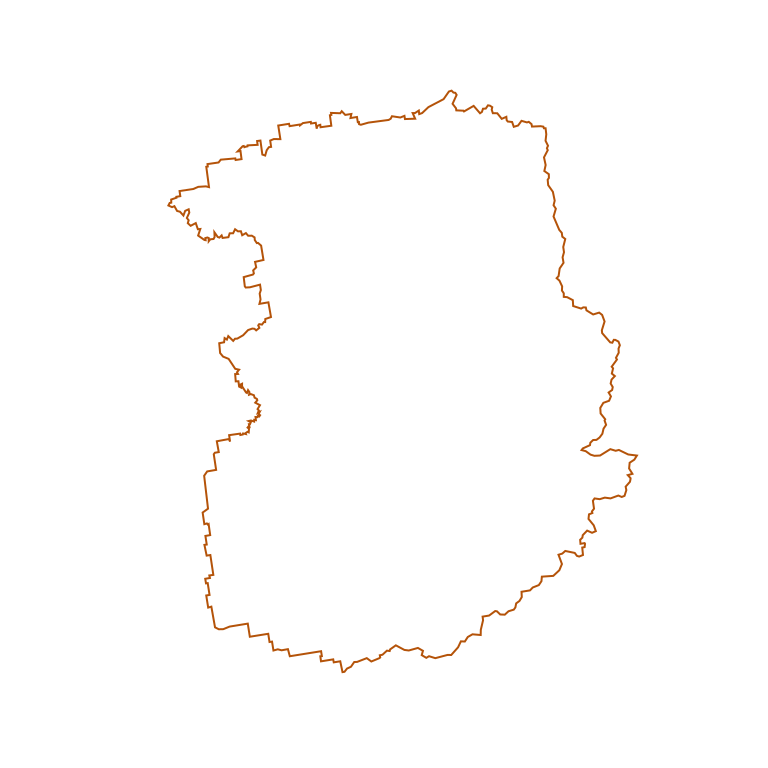 Scenic Rim, Queensland, Australia, rotated 252°
{"feature_id": "25037944B99333709196563", "entity_name": "Scenic Rim", "entity_type": "district", "adm_level": 2, "iso_a3": "AUS", "parent_name": "Australia", "parent_adm1": "Queensland", "projection": "albers", "projection_center": [152.791, -28.04], "detail": "fine", "context": "isolated", "style": "outline", "palette": "amber", "viewbox_px": 768, "rotation_deg": 252, "n_neighbors": 0, "source": "geoboundaries", "source_scale": "gbopen_adm2", "svg_char_len": 6166}
<svg xmlns="http://www.w3.org/2000/svg" viewBox="0 0 768 768"><g transform="rotate(252 384 384)"><path d="M577.8,615.1L579.5,615.1L580.8,612.6L583.1,604.3L585.6,604.6L588.6,602.7L588.6,600.8L591.8,596.1L588.4,591.4L588.5,586.9L593.6,586.8L595.4,582.8L597.0,582.2L600.3,582.9L599.8,577.9L606.5,575.4L607.9,571.2L611.6,571.2L613.8,572.5L616.0,570.7L616.9,569.0L614.5,565.9L615.2,563.2L612.5,561.2L611.8,559.0L620.8,555.2L618.5,544.3L619.4,544.0L621.9,537.3L623.9,537.7L629.3,535.8L636.5,542.4L638.9,541.8L639.7,540.1L642.1,538.9L642.1,536.1L636.5,528.7L633.6,511.8L629.9,504.0L629.8,500.9L633.3,501.6L632.1,497.1L632.8,495.0L626.7,495.6L629.5,485.8L632.7,486.3L632.4,481.9L636.2,474.3L634.2,472.3L633.7,470.0L637.4,450.0L637.7,442.1L638.8,440.6L640.9,441.1L641.1,440.0L646.3,440.8L647.3,434.3L650.9,436.4L651.9,430.3L656.5,428.1L655.0,426.1L658.2,417.4L656.2,417.1L656.3,415.6L645.9,413.7L647.8,403.0L650.2,403.5L650.3,402.5L649.9,400.2L647.6,398.9L653.5,399.8L654.3,395.1L655.9,395.4L657.2,387.5L655.9,384.0L656.8,384.1L658.4,373.9L660.8,374.1L662.5,363.3L648.9,361.1L651.0,354.9L650.7,351.0L644.4,349.9L644.8,347.7L642.6,344.7L638.0,341.6L639.8,339.2L653.7,341.7L654.3,338.4L650.5,337.7L653.1,328.0L652.2,327.6L652.5,324.6L651.5,324.5L653.7,324.2L653.8,323.0L650.4,316.7L649.9,319.5L641.9,318.0L642.9,312.1L644.5,312.3L647.8,298.1L645.8,295.1L647.7,284.1L645.3,283.6L645.5,282.1L625.3,278.4L627.0,275.7L628.9,268.3L628.4,262.8L630.7,249.2L625.6,248.3L626.2,244.4L625.3,244.2L625.2,238.6L622.2,237.7L622.4,236.1L620.4,234.1L617.7,237.1L617.9,239.6L612.5,240.7L610.9,243.2L606.2,245.3L610.1,248.4L610.5,252.2L607.2,251.8L602.8,247.8L600.1,248.8L597.6,247.1L594.2,249.0L595.2,254.7L588.7,254.8L588.2,257.2L582.6,253.1L576.5,257.7L575.9,258.8L578.0,259.2L577.9,261.3L577.0,262.4L573.9,261.4L575.3,263.5L574.6,266.7L576.1,268.3L580.7,269.6L575.2,271.3L574.1,272.7L575.5,275.5L572.8,275.6L571.7,281.4L575.0,283.8L574.0,287.1L577.2,290.2L574.3,292.3L573.5,295.1L569.3,295.1L570.2,299.3L567.0,300.6L565.9,304.1L563.4,306.2L560.8,305.6L557.3,306.6L557.1,307.8L553.6,309.9L539.2,307.7L540.0,299.1L534.4,298.5L532.5,294.7L529.4,294.4L528.6,293.2L529.0,283.6L519.9,281.8L518.5,282.3L517.4,286.4L516.8,296.8L511.4,295.9L508.4,293.7L502.6,292.7L498.7,290.3L497.4,299.3L482.6,297.2L482.5,291.2L479.6,290.1L480.0,288.9L478.2,286.3L479.5,283.8L478.6,282.5L475.9,282.8L474.5,279.0L476.5,277.9L477.4,275.9L477.3,271.4L473.9,265.1L472.5,258.5L473.1,256.3L471.6,253.9L477.7,250.7L474.8,248.3L476.9,246.6L473.1,244.8L473.7,239.9L464.1,237.7L459.8,239.4L455.9,244.0L444.4,247.2L442.4,250.6L440.6,247.8L438.7,248.2L439.4,245.5L432.3,243.8L431.6,246.4L426.3,245.4L424.9,246.8L427.8,247.1L428.1,249.1L425.7,248.3L418.5,250.2L417.8,250.9L420.2,252.8L417.8,253.5L415.5,252.4L415.6,254.2L413.5,256.8L411.0,256.7L409.1,258.5L407.7,258.5L406.0,255.8L402.2,259.5L399.2,256.0L397.5,256.8L395.5,255.1L395.8,257.1L394.1,255.4L392.6,256.5L391.6,255.2L392.5,254.0L391.6,253.3L392.3,251.6L389.2,251.0L390.0,249.5L388.4,248.9L390.4,246.2L390.6,243.8L388.8,245.5L387.2,244.1L387.5,243.1L384.9,242.8L385.5,242.0L384.7,240.8L383.2,241.8L379.8,240.4L380.7,239.4L380.0,237.0L379.1,237.1L380.5,234.7L379.6,234.1L379.9,231.6L381.3,231.8L383.2,220.9L376.8,219.8L379.6,219.4L381.2,207.3L370.3,205.8L370.9,201.9L369.8,200.4L354.2,197.8L355.5,188.8L352.3,184.6L319.8,178.1L317.8,171.8L306.2,169.8L306.1,172.5L304.6,173.1L304.9,173.9L294.0,172.0L294.7,167.2L286.1,165.8L286.5,163.5L275.6,162.3L275.0,166.0L255.2,162.7L255.9,158.7L253.3,158.5L254.0,153.8L249.4,153.1L249.1,154.8L237.3,152.9L237.8,149.6L225.7,147.7L225.6,151.0L204.8,148.1L201.8,151.1L200.5,155.4L201.0,162.2L198.2,180.4L185.1,178.3L182.2,196.7L174.0,195.4L173.6,197.9L164.7,196.5L164.5,201.0L162.4,204.3L161.5,210.7L154.2,210.3L149.3,241.6L144.4,240.8L144.7,239.3L139.7,238.4L137.8,250.6L134.8,250.2L133.8,256.7L122.8,255.5L122.5,257.5L124.8,260.9L125.3,265.2L128.8,269.8L128.0,272.5L128.6,282.9L124.0,286.2L124.7,294.9L125.1,295.9L127.3,296.2L127.0,298.9L129.5,304.4L128.3,306.9L129.7,307.8L131.8,314.5L124.8,321.2L122.9,325.2L122.5,334.7L118.2,338.6L114.5,336.1L110.5,339.6L111.2,342.7L107.4,348.1L106.7,360.7L105.5,364.2L110.7,373.1L115.5,377.6L114.1,381.3L117.5,385.5L118.6,390.8L115.4,398.4L120.3,400.1L128.7,405.2L132.3,405.9L131.3,412.4L133.7,419.6L132.9,421.2L128.9,423.3L127.3,427.6L129.4,432.2L129.3,437.7L130.9,439.9L134.5,441.9L135.8,445.8L138.8,449.2L143.9,450.6L142.6,459.1L144.5,462.6L144.9,469.1L147.8,472.8L152.0,474.6L149.2,485.7L152.7,493.2L157.8,497.6L167.7,497.2L167.6,501.1L169.2,504.8L164.4,513.2L160.9,514.4L159.6,516.3L159.9,520.4L167.2,522.0L166.9,524.4L169.9,525.8L170.7,525.6L171.3,521.5L175.2,522.4L176.6,525.2L178.8,526.3L181.8,531.9L178.2,535.9L178.6,540.0L184.8,539.8L192.5,536.8L196.7,538.7L196.9,542.3L198.6,542.4L200.5,545.2L208.4,546.6L210.1,548.9L207.8,553.6L207.7,558.9L205.2,564.1L205.5,572.4L203.1,575.2L203.3,578.2L208.2,581.7L211.7,582.1L215.0,587.7L216.9,588.8L218.2,589.4L222.0,587.7L221.8,592.5L227.9,591.0L233.2,593.3L234.7,598.7L237.8,602.4L241.5,594.5L248.7,587.0L248.9,583.7L252.1,579.1L249.2,567.4L250.7,561.9L253.0,558.6L257.8,555.1L260.1,551.5L261.3,553.2L262.2,561.0L264.4,562.1L266.1,565.6L265.2,568.8L266.5,572.5L269.2,576.3L273.7,579.0L276.5,582.6L281.1,582.5L282.1,583.5L289.0,580.9L294.4,582.3L298.3,586.8L298.5,592.9L302.1,596.0L306.5,595.0L307.8,599.1L310.4,600.6L314.4,599.7L317.9,601.8L320.2,606.0L323.5,603.9L328.1,606.7L330.1,605.9L335.3,613.1L337.2,612.7L341.2,616.9L345.2,618.0L348.0,620.3L351.9,620.1L354.5,617.6L355.0,616.2L352.7,613.9L353.7,612.0L365.0,607.2L367.8,607.8L375.3,613.1L382.3,612.8L385.4,610.7L385.5,604.4L391.5,599.3L394.4,599.6L395.3,597.2L394.8,594.8L399.7,588.0L405.4,589.5L410.0,585.0L411.3,581.9L414.7,583.0L417.9,582.1L421.8,583.6L428.1,582.8L431.3,580.9L432.7,583.4L439.6,586.8L443.8,592.2L449.3,593.0L453.7,595.9L458.9,596.8L465.9,601.2L469.0,599.1L472.8,599.8L476.4,598.3L490.9,597.0L497.6,601.6L501.6,600.5L505.6,603.0L514.6,604.0L522.4,601.6L527.7,602.8L529.0,604.5L532.6,605.6L537.0,602.3L542.3,605.4L550.1,606.2L555.8,612.0L557.9,611.8L559.9,613.6L565.4,612.8L571.3,615.5L577.3,616.7L577.8,615.1Z" fill="none" stroke="#b45309" stroke-width="2"/></g></svg>